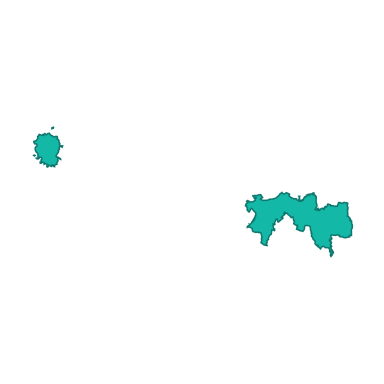 Gresik, Jawa Timur, Indonesia, rotated 280°
{"feature_id": "22746128B46933486274006", "entity_name": "Gresik", "entity_type": "district", "adm_level": 2, "iso_a3": "IDN", "parent_name": "Indonesia", "parent_adm1": "Jawa Timur", "projection": "albers", "projection_center": [112.501, -6.562], "detail": "fine", "context": "isolated", "style": "filled", "palette": "teal", "viewbox_px": 384, "rotation_deg": 280, "n_neighbors": 0, "source": "geoboundaries", "source_scale": "gbopen_adm2", "svg_char_len": 6033}
<svg xmlns="http://www.w3.org/2000/svg" viewBox="0 0 384 384"><g transform="rotate(280 192 192)"><path d="M209.2,314.6L210.0,314.2L210.4,312.9L210.1,312.8L210.4,312.4L212.2,312.4L212.2,312.0L211.8,311.0L210.9,310.8L211.1,310.6L210.2,308.0L209.7,308.2L209.8,307.6L209.1,307.7L209.2,307.2L209.6,307.3L209.6,306.5L209.1,306.5L208.8,305.6L208.4,305.9L208.1,305.4L207.8,305.6L208.0,305.3L207.2,305.0L206.7,304.5L207.0,304.2L206.5,303.6L204.1,302.9L203.5,303.2L202.2,301.5L203.0,301.5L201.7,300.1L202.2,299.9L201.7,299.8L201.8,298.6L206.5,298.9L206.3,298.0L205.8,298.5L204.4,298.7L201.8,298.5L202.3,297.0L203.4,296.1L203.1,294.3L202.9,294.0L203.7,290.5L204.9,288.4L205.6,288.0L206.2,288.5L206.9,288.3L207.7,285.1L205.9,283.0L206.4,281.5L207.2,280.6L205.5,279.2L205.3,278.8L203.7,278.3L200.6,275.6L199.2,273.0L198.5,270.9L198.5,269.7L197.3,268.4L196.6,266.2L196.1,263.1L196.6,260.6L197.5,260.8L198.2,262.0L199.0,262.5L199.7,261.3L200.7,260.9L200.7,260.4L201.2,260.1L201.3,259.4L199.5,255.7L199.6,254.9L199.2,253.6L198.8,253.2L198.9,252.7L198.4,252.8L198.2,253.7L196.4,254.5L196.3,255.1L197.7,255.8L197.6,256.2L195.8,255.6L194.9,255.7L193.3,254.2L192.4,252.1L192.4,250.0L192.8,249.9L193.2,248.0L192.1,247.4L191.0,248.8L189.6,247.3L187.6,247.1L187.6,248.1L186.7,248.4L185.5,249.4L184.1,249.3L184.2,249.7L182.6,250.8L182.2,251.7L182.8,252.1L186.2,253.0L185.9,254.3L185.4,254.6L184.0,256.2L183.1,257.7L182.2,258.5L179.9,258.9L179.7,258.5L178.9,258.8L178.3,258.2L177.8,258.2L176.9,257.7L176.4,258.3L176.3,257.9L175.7,257.5L175.4,257.9L175.0,257.7L175.1,257.2L174.7,257.1L174.4,257.5L174.2,257.1L174.0,257.4L173.1,257.1L173.1,256.3L171.5,255.8L169.9,254.6L170.0,254.3L169.7,254.5L169.2,254.2L167.7,252.5L166.7,252.6L167.6,254.4L166.7,257.2L165.9,257.8L164.2,258.3L163.6,259.2L163.3,261.9L164.1,264.1L163.6,264.5L163.9,266.3L163.6,267.0L159.6,268.8L157.9,268.4L157.0,269.2L155.3,268.8L154.0,268.8L152.4,272.1L152.3,275.3L152.6,275.3L153.3,274.0L155.3,274.8L157.2,274.2L158.5,275.6L159.8,275.2L162.0,275.7L163.1,276.3L164.2,277.4L168.6,277.2L168.6,279.1L168.2,279.8L168.5,280.1L169.9,279.8L170.2,278.8L170.7,278.4L174.6,277.4L174.7,277.9L174.1,278.8L174.5,279.3L176.2,278.7L179.8,279.6L180.0,280.7L177.6,281.6L177.5,282.5L180.8,285.0L181.8,286.1L182.4,285.9L182.7,284.5L186.2,287.4L186.6,287.3L186.9,286.2L188.2,286.7L187.4,288.3L187.4,289.7L186.3,290.6L186.0,291.8L184.1,294.0L184.2,294.6L184.9,295.0L185.0,295.7L181.6,297.1L181.4,297.9L178.4,297.7L177.4,300.0L177.5,301.7L175.7,302.0L175.7,301.5L175.2,301.7L173.5,301.4L173.2,303.0L172.6,305.1L173.0,305.2L172.4,307.9L174.0,308.9L176.1,309.1L177.7,308.8L178.7,309.4L179.0,311.3L179.0,313.3L178.6,314.4L175.1,315.3L172.9,316.8L172.4,316.4L172.0,316.5L171.4,317.3L170.8,317.4L169.9,317.1L169.0,317.5L167.9,319.0L166.8,319.2L165.9,320.3L165.3,321.5L163.2,322.2L162.5,322.1L161.2,323.6L161.3,325.4L160.3,325.0L159.4,327.0L158.3,328.4L160.3,329.4L161.2,330.2L161.2,331.7L160.3,332.9L160.8,335.6L160.5,336.5L158.5,338.0L157.3,337.8L156.3,339.2L153.6,339.3L152.7,340.1L153.4,340.5L153.4,339.9L154.3,339.9L154.2,340.7L155.0,340.5L155.3,341.2L157.1,341.8L157.8,341.3L157.7,340.6L158.1,340.6L158.2,340.2L158.4,340.5L159.1,340.3L159.2,339.7L160.7,338.7L162.5,338.6L162.1,337.8L163.3,337.8L162.9,338.1L163.0,338.7L164.4,337.4L165.1,338.0L166.6,338.1L167.2,337.4L166.9,336.9L168.0,335.9L168.0,336.6L168.4,336.8L168.6,336.4L168.9,337.2L169.6,337.5L169.8,337.1L169.9,337.7L170.4,337.8L170.9,337.7L171.9,336.6L172.7,336.3L173.8,336.4L174.2,341.0L175.1,342.5L175.2,343.3L174.6,344.1L174.7,344.9L174.1,344.9L174.0,345.4L173.6,345.6L174.0,348.1L173.5,349.2L173.6,351.2L175.2,354.8L175.3,354.6L176.6,354.6L176.9,356.6L182.7,355.5L184.1,356.0L186.3,355.9L186.4,355.6L187.6,355.5L188.2,354.9L191.1,354.2L191.3,352.4L191.6,352.4L191.7,353.1L192.0,353.2L193.3,352.3L193.5,351.6L194.3,351.5L194.4,350.8L195.2,350.0L195.3,349.0L196.0,349.4L196.8,349.4L201.0,348.2L201.6,348.6L202.3,348.3L203.3,348.5L205.7,347.2L207.8,347.4L208.3,346.4L207.9,346.3L208.2,343.6L207.8,342.9L206.8,342.2L207.3,339.5L206.8,339.0L207.0,338.2L204.6,337.9L204.5,337.6L203.1,337.6L203.0,335.6L202.5,335.3L203.0,333.3L202.6,332.0L202.9,331.2L202.5,330.9L203.5,330.4L203.7,327.9L203.1,327.5L202.5,327.8L200.8,327.1L200.9,326.1L200.2,326.1L200.2,325.2L198.7,325.3L197.8,324.9L198.6,324.1L198.7,323.5L198.2,323.1L198.3,322.2L197.0,321.4L197.2,321.1L196.9,320.5L195.8,320.4L196.1,318.9L196.9,320.1L197.0,319.6L197.6,319.1L196.4,318.7L197.1,318.3L196.0,317.2L195.9,316.7L196.0,316.3L196.7,316.4L200.0,317.6L204.2,315.8L208.9,315.2L209.2,314.6ZM217.5,30.7L215.0,29.2L214.7,27.7L214.2,27.4L213.1,27.8L212.7,28.5L212.1,28.8L212.3,30.5L211.5,31.3L210.2,31.3L209.9,30.7L208.6,30.0L206.8,30.1L204.6,31.3L203.8,32.7L202.7,33.6L200.0,34.2L199.7,35.1L199.8,37.7L199.0,38.4L198.0,38.4L197.2,37.7L195.5,38.5L195.2,39.0L195.5,39.3L195.0,40.2L195.2,41.2L194.8,41.5L193.6,41.6L194.5,42.9L194.0,44.5L193.5,44.9L192.3,44.5L191.7,44.7L191.5,45.4L191.9,45.9L193.3,45.7L193.6,46.0L192.7,49.1L194.5,49.6L194.2,50.9L193.5,50.7L193.1,51.3L193.1,52.3L194.0,52.0L195.1,52.6L195.8,54.2L197.2,53.8L199.4,54.7L200.2,54.2L201.7,54.0L202.0,54.9L201.3,57.0L201.8,56.9L202.3,55.9L202.2,55.1L202.9,54.7L202.8,53.4L203.2,52.9L202.9,52.5L203.4,51.9L204.1,51.9L206.5,52.7L207.5,53.4L208.7,53.6L210.2,53.2L211.0,54.0L212.8,53.4L213.7,53.7L213.9,55.2L213.6,56.4L214.9,56.6L214.8,55.0L214.1,54.6L214.2,54.0L215.2,53.9L215.7,53.2L217.0,53.4L218.0,52.3L219.5,52.1L220.6,50.9L220.8,49.9L222.1,50.1L223.2,49.6L223.2,48.2L222.2,47.1L222.2,46.6L223.1,44.6L223.1,43.8L224.4,41.8L225.1,41.3L224.5,39.8L223.0,38.7L224.0,36.9L223.3,36.5L222.9,35.5L222.1,36.2L221.8,36.0L222.0,33.1L221.8,32.5L222.2,31.8L222.1,31.4L221.0,31.5L220.0,30.4L219.5,30.3L219.0,30.8L217.5,30.7ZM198.4,35.3L198.7,33.9L198.2,32.7L197.8,33.2L197.8,34.8L198.4,35.3ZM194.7,38.6L195.1,37.5L195.0,37.2L194.0,37.6L194.2,38.5L194.7,38.6ZM231.7,44.1L231.0,43.9L230.9,42.9L230.0,43.0L230.6,44.3L231.4,44.5L231.7,44.1ZM200.7,31.2L201.0,30.2L200.6,29.7L200.1,30.6L200.7,31.2Z" fill="#14b8a6" stroke="#0f766e" stroke-width="1.5"/></g></svg>